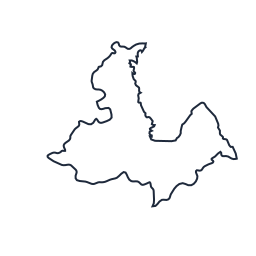 SVG path tracing the border of Ryanggang, rotated 63°
{"feature_id": "PRK-3314", "entity_name": "Ryanggang", "entity_type": "Province", "adm_level": 1, "iso_a3": "PRK", "parent_name": "North Korea", "parent_adm1": "", "projection": "albers", "projection_center": [127.851, 41.225], "detail": "fine", "context": "isolated", "style": "outline", "palette": "slate", "viewbox_px": 256, "rotation_deg": 63, "n_neighbors": 0, "source": "natural_earth", "source_scale": "10m", "svg_char_len": 4547}
<svg xmlns="http://www.w3.org/2000/svg" viewBox="0 0 256 256"><g transform="rotate(63 128 128)"><path d="M192.3,43.3L199.6,43.6L204.7,45.0L204.5,45.9L203.6,48.1L202.2,49.6L198.9,51.7L197.5,53.4L196.6,55.4L196.1,56.3L195.3,56.9L194.2,57.0L192.3,56.2L191.2,56.5L191.5,58.8L191.7,59.7L192.6,62.4L192.9,63.3L193.0,64.3L193.1,66.0L193.2,66.9L193.5,67.6L194.2,67.8L196.0,67.1L196.7,67.2L197.3,68.0L197.4,69.2L197.0,71.9L196.9,73.3L196.9,76.8L197.1,78.2L197.6,79.3L198.7,81.2L198.9,82.4L198.4,83.8L197.5,84.9L196.9,85.9L197.3,87.0L198.4,87.6L202.4,88.0L204.5,89.4L206.4,91.8L207.6,94.8L207.7,97.6L206.3,100.3L204.0,102.2L202.0,104.3L201.2,107.7L201.8,111.1L203.1,114.3L206.4,119.8L207.4,120.9L208.5,121.9L209.5,123.1L209.9,124.6L209.6,126.3L208.0,129.0L207.4,130.4L207.8,133.4L209.1,136.2L209.9,138.9L208.9,141.7L206.8,139.2L203.8,137.4L195.7,133.7L194.6,133.4L193.4,133.5L191.5,134.1L190.6,134.1L187.4,133.1L186.2,133.3L186.0,134.5L186.0,135.8L185.9,137.5L185.7,139.3L185.4,140.6L184.5,141.7L181.3,142.8L180.0,143.7L179.2,145.0L177.8,147.9L176.8,149.2L174.6,150.3L171.9,150.5L169.0,150.3L166.6,150.4L165.3,151.9L165.7,154.7L166.7,157.9L167.3,160.6L167.1,162.3L166.2,165.8L165.9,167.6L165.7,171.2L165.5,173.0L165.0,174.8L164.5,176.0L163.3,178.1L162.9,179.3L162.5,183.3L162.1,184.5L161.2,185.8L157.6,189.0L156.4,190.3L153.3,195.1L151.3,197.2L149.1,197.5L146.8,196.4L144.8,194.4L143.9,193.7L142.7,193.4L141.5,193.5L135.4,195.7L134.3,196.6L133.6,197.7L133.1,199.1L132.6,200.7L131.9,202.3L130.9,203.7L123.8,209.4L118.7,212.3L117.4,212.7L116.4,212.4L115.9,211.4L115.8,209.4L115.9,206.6L116.2,205.4L116.8,204.2L118.3,202.5L118.7,201.6L118.9,200.3L118.8,198.8L118.4,197.7L118.5,196.6L119.3,195.5L119.8,194.4L118.8,193.9L116.3,193.8L115.3,193.6L114.5,193.3L113.8,192.7L113.2,191.7L112.8,190.0L112.3,186.3L111.6,184.8L110.7,183.9L109.8,183.5L108.9,182.9L108.1,181.7L105.0,176.1L104.6,174.8L104.1,172.0L103.7,170.7L102.6,169.7L101.3,169.3L100.2,168.8L100.1,167.5L100.7,166.4L101.8,165.3L106.6,161.5L107.9,159.2L107.6,156.6L105.7,153.5L105.4,152.2L106.4,151.7L108.8,151.5L109.9,151.1L110.8,150.3L111.4,149.1L111.7,147.7L112.2,143.8L112.3,140.5L111.3,137.9L108.5,136.6L103.3,135.4L101.3,136.2L100.0,139.3L99.7,141.3L99.2,143.1L98.3,144.3L96.8,144.8L93.6,144.6L90.4,143.8L90.5,141.6L90.4,138.9L90.0,136.2L89.3,134.3L87.7,133.1L85.4,133.1L83.2,133.9L81.5,135.1L80.4,136.6L79.6,138.1L78.6,139.5L77.0,140.5L76.0,140.6L73.0,139.7L70.6,139.4L69.6,139.1L65.2,136.1L63.7,134.7L62.8,132.8L62.4,129.9L62.1,128.6L61.3,127.5L60.3,126.4L60.3,125.8L60.6,125.1L60.8,124.1L60.3,122.5L57.7,120.3L56.9,118.3L56.5,114.7L56.1,113.0L55.5,111.3L54.2,109.0L54.0,108.3L54.2,107.6L55.2,106.5L55.4,105.7L55.0,104.9L54.3,104.6L53.5,104.6L52.8,104.7L50.0,106.0L48.6,106.0L47.2,104.8L46.7,103.7L46.2,102.1L46.1,100.5L46.3,99.2L47.2,98.1L48.1,97.9L50.4,98.3L51.7,97.9L52.4,97.1L53.0,95.9L53.8,94.5L54.9,93.6L56.3,92.9L57.5,92.1L58.2,90.6L58.2,89.7L58.1,89.0L57.7,87.5L57.4,85.2L57.3,82.8L57.9,79.6L59.1,76.9L60.5,74.3L60.7,73.7L63.3,75.8L64.0,75.7L64.3,77.1L66.0,79.7L66.6,81.1L65.3,80.9L64.5,81.4L64.2,82.4L64.5,83.9L65.2,84.9L66.3,85.7L68.7,86.7L68.5,87.1L68.1,88.1L69.4,88.3L73.4,89.9L74.4,90.9L72.7,91.6L71.1,92.6L69.6,93.9L68.6,95.8L69.2,95.9L69.8,96.1L70.4,96.4L70.9,97.4L71.5,97.2L72.5,96.5L73.2,96.8L73.6,97.2L73.9,97.7L74.4,98.0L74.9,97.5L76.0,95.4L76.5,95.0L77.6,95.5L79.3,96.9L80.4,97.1L81.1,96.9L81.7,96.6L82.2,96.6L82.8,97.1L82.8,97.8L82.3,98.5L81.7,99.0L81.2,99.2L82.5,99.8L84.0,100.3L87.0,100.7L87.7,100.5L89.1,100.0L89.7,99.9L90.4,100.2L91.0,100.7L91.4,101.2L91.7,101.4L93.4,101.5L94.6,101.0L95.7,100.4L97.0,99.9L98.3,100.3L99.6,101.1L101.0,101.5L102.3,100.7L102.4,103.0L103.5,104.1L106.5,105.0L109.0,106.8L109.6,107.1L110.3,106.8L111.1,105.4L111.5,105.3L113.6,106.1L120.9,106.4L122.8,105.7L124.3,106.7L125.8,106.9L127.1,106.3L127.6,104.6L128.3,103.9L130.0,103.4L133.1,102.9L135.4,105.0L136.2,104.6L136.9,103.9L137.5,102.9L138.4,104.0L138.4,105.8L138.3,107.6L138.6,108.8L139.3,109.0L140.0,108.7L141.3,108.0L141.1,110.3L142.4,111.3L144.2,111.3L145.4,110.2L146.5,110.8L145.5,112.3L148.7,112.5L151.7,109.7L159.5,95.2L160.7,91.2L159.2,89.0L159.0,87.2L158.0,85.1L156.6,83.4L154.6,82.4L151.7,80.0L149.6,78.1L149.3,75.8L148.4,73.7L144.8,66.7L144.3,64.8L141.8,63.9L141.0,62.5L140.4,60.9L138.9,52.1L139.0,50.6L140.0,49.2L141.5,48.7L145.0,48.6L157.3,45.1L165.1,45.7L166.9,46.3L168.4,47.6L172.0,47.3L174.6,48.6L175.7,48.8L178.8,47.5L179.6,47.7L180.4,48.2L181.1,47.9L182.2,46.3L182.9,45.5L183.7,45.2L189.4,45.6L191.4,45.1L192.3,43.3Z" fill="none" stroke="#1e293b" stroke-width="2"/></g></svg>